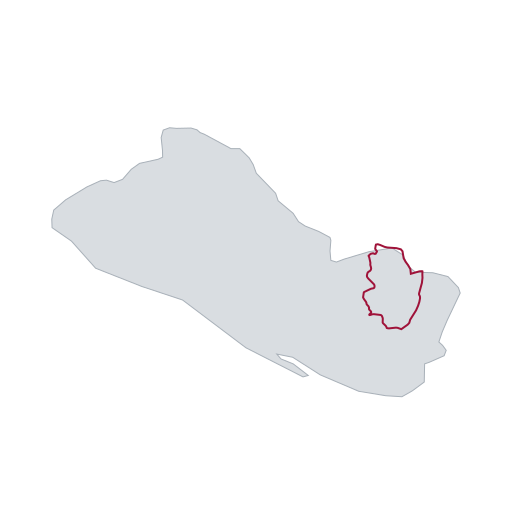 where Morazán sits in El Salvador, rotated 11°
{"feature_id": "SLV-1351", "entity_name": "Morazán", "entity_type": "Department", "adm_level": 1, "iso_a3": "SLV", "parent_name": "El Salvador", "parent_adm1": "", "projection": "mercator", "projection_center": [-88.158, 13.767], "detail": "fine", "context": "in_parent", "style": "outline", "palette": "rose", "viewbox_px": 512, "rotation_deg": 11, "n_neighbors": 0, "source": "natural_earth", "source_scale": "10m", "svg_char_len": 2739}
<svg xmlns="http://www.w3.org/2000/svg" viewBox="0 0 512 512"><g transform="rotate(11 256 256)"><path d="M177.5,145.5L181.9,146.3L211.0,155.4L219.6,153.7L230.6,161.0L235.8,166.8L240.5,174.7L263.3,190.7L267.2,197.6L284.3,207.0L291.2,214.2L298.5,217.2L312.8,219.9L325.1,223.7L326.5,226.4L327.7,237.0L330.3,246.0L336.1,246.6L343.2,242.2L366.1,230.2L387.9,222.2L400.1,227.0L407.3,237.0L415.6,241.5L432.8,238.7L448.4,239.6L460.7,248.4L463.5,253.4L456.0,282.5L453.3,295.0L451.9,305.5L456.3,308.2L460.7,312.3L459.7,318.0L446.3,327.3L442.1,329.7L445.2,347.6L435.2,358.5L426.1,366.3L410.0,368.4L382.7,369.2L341.7,360.4L311.4,348.4L295.1,348.3L300.2,352.3L313.1,354.8L330.1,363.3L325.2,365.7L263.6,348.0L192.3,313.2L149.7,307.7L100.9,298.6L72.0,276.6L50.4,267.1L48.5,258.8L48.7,249.5L58.5,237.1L76.9,220.4L89.0,211.8L94.7,210.1L102.7,211.0L110.4,206.2L117.0,194.7L124.0,187.3L141.5,179.7L145.5,176.8L144.1,170.3L140.3,157.8L140.9,150.1L146.7,146.6L153.5,145.9L167.8,142.8L174.0,143.4L177.5,145.5Z" fill="#d9dde1" stroke="#a8b0b8" stroke-width="1"/><path d="M373.3,221.2L375.9,221.5L376.3,221.6L380.5,222.5L383.3,222.6L392.3,221.5L396.9,221.8L398.9,223.4L401.4,230.1L403.9,233.1L407.1,236.0L410.0,239.4L411.4,243.9L419.3,239.9L421.9,239.2L422.3,239.3L422.9,242.8L423.6,245.7L424.0,250.7L423.2,261.6L423.3,262.2L423.4,262.6L423.6,263.0L424.4,264.0L424.6,264.4L424.8,264.9L424.9,265.3L425.1,266.4L425.1,269.8L424.6,273.9L423.5,278.8L419.5,289.1L419.2,292.4L418.0,294.4L412.6,300.1L408.8,299.5L407.1,299.6L400.3,301.7L399.0,301.8L398.1,301.7L397.9,301.4L397.6,300.9L397.4,300.6L397.0,300.1L396.4,299.6L393.9,298.0L393.5,297.7L393.2,297.4L393.0,297.0L392.5,293.8L392.3,292.9L391.6,291.7L390.9,290.7L390.3,290.3L389.6,290.1L382.9,290.6L381.9,290.8L381.0,291.2L379.6,292.0L378.7,292.3L378.4,292.1L378.4,291.8L378.6,291.4L379.6,290.0L379.8,289.6L379.8,289.1L379.5,288.6L379.1,288.2L377.9,287.4L377.5,287.1L377.2,286.8L377.1,286.4L376.9,285.9L376.9,285.3L376.5,284.6L375.9,283.8L374.2,282.6L373.6,281.9L373.3,280.9L372.7,280.0L370.5,278.0L369.6,277.0L369.0,276.1L368.8,271.6L368.8,271.2L369.0,270.8L369.3,270.5L375.0,266.3L375.8,265.9L377.1,265.4L377.5,265.2L377.8,264.9L378.1,264.6L378.2,264.0L378.2,263.4L377.9,262.3L377.5,261.6L377.1,261.2L370.5,256.7L369.5,255.8L368.9,255.1L368.8,254.7L368.6,254.2L368.6,252.5L368.7,251.4L368.8,251.1L368.9,250.8L369.1,250.5L369.7,249.8L370.0,249.5L370.3,249.3L370.6,249.0L370.9,248.6L371.1,248.2L371.3,247.8L371.4,247.3L371.4,246.2L370.8,244.7L370.1,243.4L369.8,242.6L369.8,242.0L369.5,240.6L367.4,235.7L366.5,234.4L367.2,233.2L368.3,231.9L370.4,231.0L371.9,231.3L373.0,231.0L373.9,228.6L373.6,228.1L372.0,226.7L371.6,226.0L371.5,222.5L371.6,221.9L373.3,221.2Z" fill="none" stroke="#9f1239" stroke-width="2"/></g></svg>